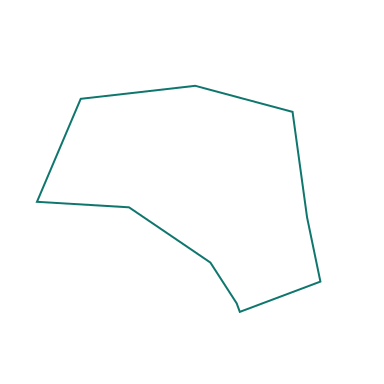 map outline of Hawalli (orthographic projection), rotated 195°
{"feature_id": "KWT-3506", "entity_name": "Hawalli", "entity_type": "Province", "adm_level": 1, "iso_a3": "KWT", "parent_name": "Kuwait", "parent_adm1": "", "projection": "orthographic", "projection_center": [48.031, 29.332], "detail": "fine", "context": "isolated", "style": "outline", "palette": "teal", "viewbox_px": 384, "rotation_deg": 195, "n_neighbors": 0, "source": "natural_earth", "source_scale": "10m", "svg_char_len": 305}
<svg xmlns="http://www.w3.org/2000/svg" viewBox="0 0 384 384"><g transform="rotate(195 192 192)"><path d="M114.8,88.6L120.0,96.0L156.0,128.6L180.9,137.3L248.9,160.9L339.2,142.4L323.6,253.2L216.4,295.4L115.6,295.4L74.3,197.3L44.8,138.7L114.8,88.6Z" fill="none" stroke="#0f766e" stroke-width="2"/></g></svg>